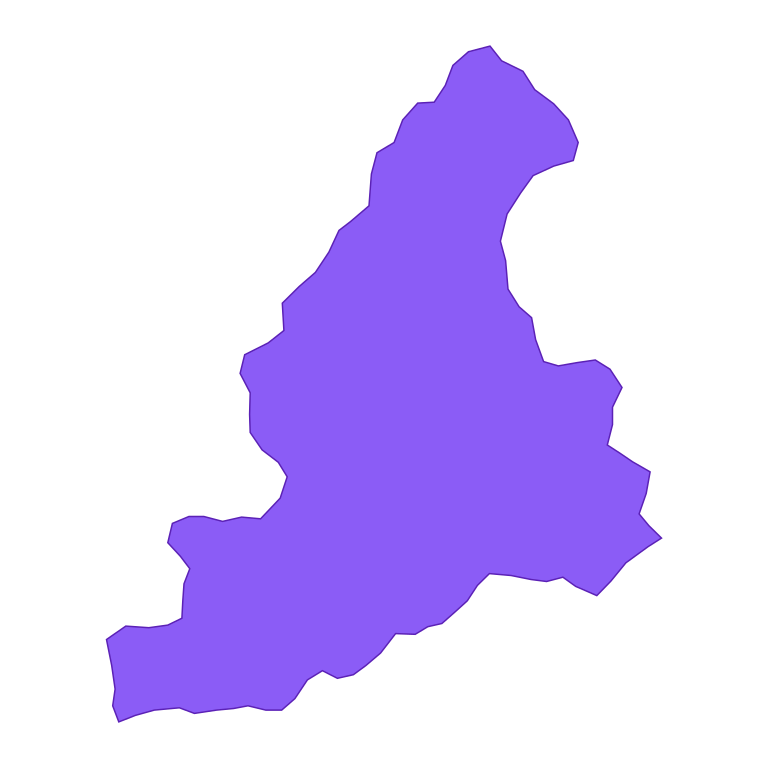 outline of São Sebastião da Vargem Alegre, Minas Gerais, Brazil
{"feature_id": "56859067B17307999263645", "entity_name": "São Sebastião da Vargem Alegre", "entity_type": "district", "adm_level": 2, "iso_a3": "BRA", "parent_name": "Brazil", "parent_adm1": "Minas Gerais", "projection": "mercator", "projection_center": [-42.601, -21.015], "detail": "fine", "context": "isolated", "style": "filled", "palette": "violet", "viewbox_px": 768, "rotation_deg": 0, "n_neighbors": 0, "source": "geoboundaries", "source_scale": "gbopen_adm2", "svg_char_len": 1505}
<svg xmlns="http://www.w3.org/2000/svg" viewBox="0 0 768 768"><path d="M339.0,230.4L328.9,252.1L315.4,272.4L299.2,286.5L282.3,303.2L283.9,330.5L268.2,342.9L244.7,354.7L240.1,373.4L250.2,392.8L249.6,414.4L250.2,432.5L262.1,449.9L278.3,462.3L287.2,476.8L280.2,498.1L260.6,518.8L241.6,517.1L222.6,521.4L203.9,516.5L188.9,516.5L172.4,523.4L167.8,542.7L180.3,556.2L189.8,568.7L184.0,583.8L182.8,600.8L181.9,618.2L167.8,625.1L148.8,627.7L125.8,626.1L106.5,639.5L111.7,665.5L115.1,689.1L112.7,705.8L118.8,721.9L135.3,715.4L154.3,710.1L179.4,707.8L194.4,713.4L216.5,710.1L233.6,708.5L248.0,705.8L265.8,710.1L281.7,710.1L294.9,698.6L307.4,679.9L322.4,670.7L337.4,678.3L353.4,674.7L365.9,665.5L380.6,653.0L395.6,633.6L415.2,634.3L427.8,626.7L441.9,623.5L455.4,611.6L467.3,600.8L477.4,585.4L489.4,573.6L511.1,575.5L531.0,579.5L546.6,581.5L562.9,577.2L575.7,586.4L596.8,595.6L610.9,581.1L625.9,562.8L648.0,546.7L661.5,538.1L648.9,525.7L639.1,513.9L646.2,493.5L650.1,471.9L632.4,461.7L620.4,453.5L607.3,445.0L612.5,424.6L612.5,407.2L622.0,387.5L610.0,369.2L595.3,360.0L577.2,362.6L558.3,365.9L543.6,361.6L535.6,339.6L531.6,317.7L519.1,306.8L508.0,289.1L505.6,260.6L500.4,241.2L507.1,214.0L520.6,193.0L533.1,175.6L553.7,166.1L573.3,160.5L578.2,142.5L568.4,119.9L553.7,103.8L534.7,89.7L523.0,71.3L501.6,60.8L490.0,46.1L468.5,51.7L452.9,65.4L445.3,85.4L434.2,102.2L417.7,103.1L402.7,119.9L394.1,142.5L377.0,152.7L371.4,174.0L369.0,205.8L350.6,221.5L339.0,230.4Z" fill="#8b5cf6" stroke="#5b21b6" stroke-width="1.5"/></svg>